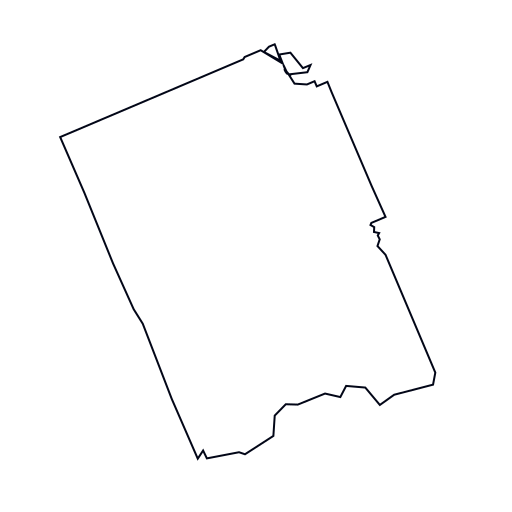 outline of Boulder, Colorado, United States of America, rotated 247°
{"feature_id": "52423323B35890552062284", "entity_name": "Boulder", "entity_type": "district", "adm_level": 2, "iso_a3": "USA", "parent_name": "United States of America", "parent_adm1": "Colorado", "projection": "equal_earth", "projection_center": [-105.3, 40.088], "detail": "fine", "context": "isolated", "style": "outline", "palette": "ink", "viewbox_px": 512, "rotation_deg": 247, "n_neighbors": 0, "source": "geoboundaries", "source_scale": "gbopen_adm2", "svg_char_len": 1019}
<svg xmlns="http://www.w3.org/2000/svg" viewBox="0 0 512 512"><g transform="rotate(247 256 256)"><path d="M78.6,375.5L206.5,375.7L217.7,371.7L223.0,376.4L227.3,376.1L229.0,378.3L232.0,374.0L236.4,376.1L239.8,373.5L241.4,375.1L241.4,390.5L275.6,389.8L377.2,389.6L388.4,389.8L388.4,378.2L394.0,378.2L394.0,369.9L399.6,358.8L410.4,357.0L405.1,375.1L410.5,380.8L410.6,372.6L429.7,367.1L432.4,356.1L422.7,355.8L443.6,340.7L443.6,333.9L443.6,323.3L442.0,321.1L442.0,256.1L442.0,217.1L442.0,166.9L442.0,126.6L442.0,122.2L381.2,122.7L305.0,121.5L254.8,122.6L237.9,125.3L157.3,122.6L92.2,123.2L97.6,131.3L88.9,131.7L82.0,163.7L77.8,168.4L83.6,201.7L101.8,210.9L107.9,225.5L102.9,236.4L102.4,265.8L93.2,278.5L101.2,288.2L92.2,305.2L70.5,311.8L74.3,329.0L68.4,368.7L78.6,375.5ZM410.6,357.2L411.7,355.9L412.0,355.7L414.1,355.2L415.8,355.1L416.0,355.1L416.0,355.7L421.2,355.9L413.8,356.2L410.6,357.2ZM440.7,343.0L426.2,354.8L442.2,355.9L443.6,355.9L443.6,349.7L440.7,343.0Z" fill="none" stroke="#020617" stroke-width="2"/></g></svg>